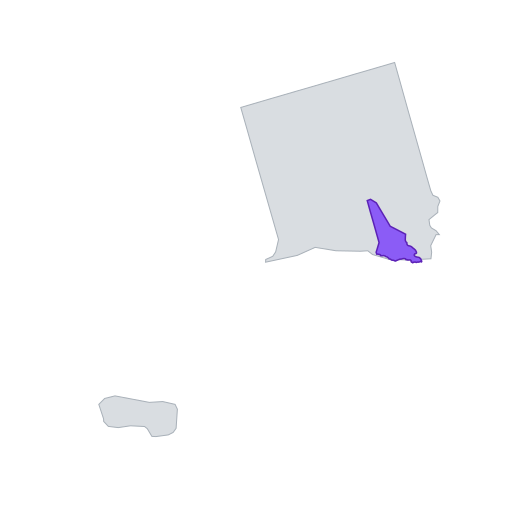 location of Bitica, Litoral, Equatorial Guinea, rotated 254°
{"feature_id": "11065452B13026737962858", "entity_name": "Bitica", "entity_type": "district", "adm_level": 2, "iso_a3": "GNQ", "parent_name": "Equatorial Guinea", "parent_adm1": "Litoral", "projection": "equal_earth", "projection_center": [9.489, 1.359], "detail": "fine", "context": "in_parent", "style": "filled", "palette": "violet", "viewbox_px": 512, "rotation_deg": 254, "n_neighbors": 0, "source": "geoboundaries", "source_scale": "gbopen_adm2", "svg_char_len": 4593}
<svg xmlns="http://www.w3.org/2000/svg" viewBox="0 0 512 512"><g transform="rotate(254 256 256)"><path d="M403.0,282.3L403.2,314.0L403.3,340.9L403.4,370.0L403.6,400.3L403.7,425.9L403.8,442.6L382.9,442.5L355.2,442.3L327.5,442.2L299.8,442.1L285.9,442.0L270.6,442.0L265.6,442.8L262.3,447.0L258.2,448.0L253.5,444.4L247.7,442.7L246.2,439.0L243.3,432.3L237.6,431.5L234.7,432.3L230.6,436.1L226.0,438.1L226.9,435.0L217.8,426.8L211.2,425.9L205.1,423.4L210.0,401.8L216.2,382.8L225.3,368.4L230.2,364.9L231.8,357.7L239.0,334.3L248.0,315.2L245.2,295.9L247.4,263.5L250.0,264.4L250.4,267.4L251.1,272.0L254.5,276.0L265.6,282.2L299.0,282.2L318.8,282.2L348.3,282.2L379.4,282.3L403.0,282.3ZM138.9,64.0L141.5,64.6L156.7,64.0L160.8,71.3L160.4,81.9L144.7,113.1L141.8,126.2L135.7,137.3L130.4,138.2L112.4,131.7L109.3,127.8L108.2,122.4L110.0,110.0L111.3,106.2L120.0,103.9L122.8,101.9L127.4,88.5L129.0,76.3L132.9,67.1L138.9,64.0Z" fill="#d9dde1" stroke="#a8b0b8" stroke-width="1"/><path d="M278.6,378.2L267.7,378.1L263.0,378.1L262.9,378.1L253.1,378.1L252.9,378.1L235.0,378.0L228.6,373.9L226.5,372.5L224.5,372.6L224.5,372.8L224.4,373.1L224.3,373.4L224.2,373.8L223.9,374.0L223.8,374.3L223.7,374.5L223.6,374.8L223.5,375.1L223.4,375.2L223.3,375.4L223.3,375.5L223.2,375.6L223.0,375.8L222.9,375.9L222.7,375.8L222.4,375.9L222.2,376.0L222.1,375.9L222.0,376.0L221.9,376.0L221.8,376.3L221.7,376.4L221.7,376.5L221.6,376.9L221.6,377.0L221.5,377.3L221.4,377.5L221.4,377.8L221.4,378.0L221.3,378.4L221.3,378.5L221.3,378.8L221.2,378.9L221.1,379.0L221.0,379.3L220.9,379.4L220.8,379.5L220.7,379.6L220.5,379.9L220.5,380.0L220.4,380.1L220.2,380.3L219.9,380.5L219.7,380.6L219.5,380.8L219.4,381.0L219.2,381.3L219.1,381.5L218.9,381.8L218.7,382.0L218.4,382.1L218.3,382.3L218.1,382.4L218.0,382.5L217.9,382.6L217.6,382.7L217.5,382.8L217.4,382.8L217.2,382.9L217.1,383.0L216.9,383.1L216.7,383.2L216.5,383.3L216.4,383.3L216.3,383.6L216.2,383.9L216.1,384.0L215.9,384.3L215.8,384.5L215.6,384.6L215.4,384.8L215.2,384.8L215.0,385.0L214.9,385.0L214.7,385.2L214.7,385.3L214.6,385.5L214.4,385.8L214.4,386.1L214.3,386.3L214.2,386.4L214.1,386.6L214.0,386.9L214.0,387.0L213.9,387.1L213.8,387.3L213.7,387.4L213.6,387.5L213.4,387.8L213.2,387.8L213.1,388.0L213.0,388.3L212.9,388.4L212.9,388.5L212.7,388.7L212.7,388.9L212.7,389.0L212.8,389.1L212.8,389.4L212.9,389.7L212.9,389.8L213.0,390.0L213.0,390.3L213.0,390.5L213.0,390.8L213.0,391.0L213.1,391.3L213.1,391.5L213.2,391.9L213.2,392.1L213.2,392.3L213.2,392.5L213.2,392.9L213.3,393.0L213.3,393.3L213.3,393.5L213.2,393.6L213.2,393.9L213.2,394.1L213.1,394.3L213.0,394.5L213.0,394.9L213.0,395.1L213.0,395.3L213.0,395.5L213.0,395.9L213.0,396.1L213.0,396.4L213.0,396.6L213.0,396.8L212.9,397.1L212.8,397.4L212.8,397.6L212.7,397.8L212.6,398.0L212.5,398.3L212.4,398.4L212.3,398.6L212.2,398.7L212.1,398.9L212.0,399.0L211.8,399.1L211.6,399.2L211.4,399.2L211.2,399.1L211.0,399.3L211.0,399.5L210.9,399.8L210.8,400.1L210.7,400.2L210.7,400.5L210.4,400.7L210.3,400.8L210.2,400.9L210.2,401.0L210.2,401.4L210.1,401.6L210.1,401.8L210.1,402.0L210.0,402.3L209.9,402.5L209.8,402.8L209.8,403.0L209.7,403.1L209.6,403.3L209.4,403.5L209.2,403.6L208.9,403.7L208.8,403.8L208.6,403.7L208.3,403.6L208.2,403.6L207.9,403.6L207.7,403.6L207.4,403.7L207.4,403.8L207.3,404.0L207.2,404.1L206.9,404.2L206.8,404.4L206.8,404.5L206.7,404.6L206.4,404.7L206.3,404.8L206.4,405.0L206.4,405.4L206.5,405.5L206.5,405.9L206.5,406.0L206.6,406.3L206.5,406.5L206.4,406.6L206.4,406.8L206.3,407.1L206.3,407.4L206.2,407.5L206.0,407.8L205.9,407.9L205.9,408.0L205.7,408.1L205.6,408.4L205.6,408.6L205.6,408.9L205.6,409.1L205.6,409.3L205.6,409.5L205.6,409.9L205.6,410.0L205.4,410.3L205.3,410.6L205.2,410.8L205.2,411.1L205.3,411.3L205.3,411.5L205.3,411.8L205.3,412.1L205.3,412.3L205.3,412.6L205.2,412.7L205.2,412.8L205.1,413.0L204.8,413.2L204.7,413.3L204.9,413.7L205.2,413.8L205.5,413.9L205.9,413.6L206.3,413.6L206.6,413.6L207.3,413.7L208.2,413.4L208.6,413.0L209.3,412.8L209.7,412.3L210.2,411.4L210.5,410.7L211.0,409.8L211.6,409.1L212.3,408.5L213.0,408.3L213.4,408.4L213.8,408.6L214.3,409.1L214.3,409.3L214.2,409.4L214.2,409.6L214.2,409.9L214.2,410.0L214.3,410.4L214.3,410.5L214.5,411.0L214.8,411.1L215.0,411.1L215.3,411.3L215.5,411.3L215.6,411.2L215.8,411.2L216.0,411.2L216.3,411.2L216.5,411.1L217.7,410.9L218.6,410.3L219.5,409.8L220.5,409.0L221.7,408.3L222.5,407.6L222.9,407.1L223.3,406.5L224.0,405.2L224.7,404.6L225.6,404.4L226.1,404.3L226.6,404.6L226.9,404.7L227.5,404.6L228.1,404.1L228.9,403.9L230.2,403.9L233.3,404.9L235.7,405.8L247.6,393.2L253.4,391.7L267.7,387.9L273.9,386.3L278.9,381.7L278.6,378.2Z" fill="#8b5cf6" stroke="#5b21b6" stroke-width="1.5"/></g></svg>